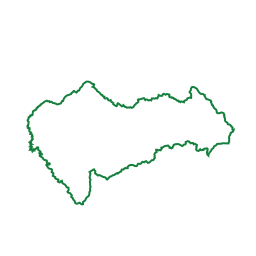 Marañon, Huánuco, Peru (Mercator projection), rotated 161°
{"feature_id": "86281439B56657051022034", "entity_name": "Marañon", "entity_type": "district", "adm_level": 2, "iso_a3": "PER", "parent_name": "Peru", "parent_adm1": "Huánuco", "projection": "mercator", "projection_center": [-76.725, -8.733], "detail": "fine", "context": "isolated", "style": "outline", "palette": "green", "viewbox_px": 256, "rotation_deg": 161, "n_neighbors": 0, "source": "geoboundaries", "source_scale": "gbopen_adm2", "svg_char_len": 5803}
<svg xmlns="http://www.w3.org/2000/svg" viewBox="0 0 256 256"><g transform="rotate(161 128 128)"><path d="M177.4,177.8L179.0,176.7L180.6,174.7L181.6,174.9L183.4,173.2L184.1,173.1L187.2,173.3L189.0,175.1L191.0,176.2L191.4,177.2L192.1,177.9L193.6,178.0L193.7,179.0L195.0,179.3L195.9,180.3L198.6,180.0L199.6,179.5L203.1,178.6L203.4,177.9L204.6,177.9L205.8,177.2L206.5,177.4L207.1,176.7L208.0,176.5L208.1,175.9L209.2,175.2L209.7,175.5L210.6,174.9L211.7,175.0L212.5,174.6L214.1,171.4L214.5,171.3L215.2,171.7L216.4,171.6L216.5,170.7L218.5,170.5L218.7,169.5L220.4,168.0L220.5,167.1L219.9,166.3L220.2,165.5L221.8,162.5L222.1,162.4L222.2,162.8L222.5,162.5L222.7,161.0L221.9,160.8L221.3,160.1L222.1,159.8L221.4,158.8L222.1,157.9L222.3,156.7L221.4,155.6L222.2,154.4L221.3,154.3L221.5,153.7L220.9,153.2L220.9,151.4L221.1,151.3L221.4,151.6L221.9,151.0L221.4,150.6L221.7,148.7L222.2,148.9L222.7,148.4L222.4,148.1L223.2,147.4L224.7,146.9L224.2,146.4L224.3,146.1L225.6,146.2L225.4,145.8L224.7,145.8L225.1,144.9L224.5,144.2L225.6,144.4L225.7,143.5L225.4,142.9L226.0,142.6L225.2,142.4L225.0,141.6L226.2,141.4L227.0,140.4L226.3,140.2L226.2,139.9L227.4,139.2L226.4,138.9L226.0,138.1L226.0,136.9L224.7,137.6L224.5,138.1L224.3,137.4L223.7,137.2L223.5,138.2L221.4,138.4L220.3,139.3L219.3,138.8L220.0,136.3L218.4,134.3L218.6,133.8L219.7,133.4L220.1,132.9L219.5,132.3L218.2,132.1L217.8,131.3L218.2,130.9L219.2,131.3L220.1,131.0L220.5,130.7L220.6,130.4L218.4,127.7L218.2,126.2L217.7,125.3L215.5,123.8L215.4,123.2L216.0,121.9L215.9,120.4L215.4,120.1L214.3,120.5L213.6,120.0L213.7,119.4L214.5,119.0L216.7,120.0L217.3,119.6L216.3,116.0L215.6,115.1L213.7,114.0L213.5,113.4L213.7,112.4L214.6,111.1L214.4,110.7L213.5,110.2L213.3,109.2L214.7,107.2L212.7,105.3L213.2,104.2L212.8,103.5L210.6,101.9L210.7,101.3L211.7,100.4L211.4,99.6L210.4,98.8L209.9,98.8L208.6,99.6L207.7,99.6L208.0,98.1L207.8,97.0L205.9,94.8L205.2,91.9L203.7,90.9L204.5,88.5L206.0,87.4L205.6,86.3L204.1,85.4L203.1,82.9L203.1,82.3L203.9,81.8L204.1,81.1L203.0,79.7L203.1,78.2L202.2,76.5L202.3,74.3L201.5,73.3L200.7,73.0L198.1,73.1L196.9,71.3L196.2,70.7L195.4,70.6L194.6,72.7L192.2,73.4L190.3,75.3L189.4,75.9L187.3,76.5L185.9,78.3L185.4,79.9L184.0,81.1L183.9,82.3L183.2,83.9L182.5,84.6L182.5,86.2L181.7,88.3L181.6,89.6L180.2,91.4L180.6,92.8L180.0,94.5L178.4,96.9L178.7,98.9L174.0,100.0L173.5,99.9L173.5,98.9L172.9,97.9L173.9,95.9L173.6,95.3L173.2,95.0L171.8,92.8L170.9,92.9L170.0,92.5L167.5,89.9L165.7,88.8L164.7,87.1L164.9,86.4L164.3,86.1L161.0,87.9L159.5,87.7L158.0,88.3L156.3,88.0L154.7,88.7L153.6,88.7L152.7,88.3L152.5,88.9L151.5,88.6L149.2,89.3L148.6,89.1L148.4,89.7L147.4,90.7L145.7,90.2L145.2,90.7L143.4,91.1L142.9,90.5L141.3,90.2L141.0,91.4L139.6,92.0L137.9,92.3L135.3,91.4L134.0,89.9L132.5,89.2L132.0,89.2L130.2,90.9L127.8,90.0L125.4,91.3L123.8,90.3L122.5,90.8L121.6,90.7L120.5,88.5L119.1,88.4L116.5,89.6L115.8,89.8L114.9,89.4L114.3,89.5L113.2,90.6L112.3,91.0L112.3,92.3L111.8,92.9L111.6,94.6L110.6,95.5L108.8,95.9L108.7,97.9L108.4,98.3L107.3,97.9L106.6,96.9L105.0,96.9L104.4,96.3L102.9,97.5L103.0,98.5L102.7,98.7L101.7,98.2L99.3,99.0L95.9,98.4L95.7,97.6L94.7,96.6L95.1,95.7L94.0,95.2L93.6,94.6L92.7,94.6L92.2,94.9L91.8,95.8L90.8,96.3L90.4,97.1L88.6,97.3L85.5,96.4L82.5,93.2L80.5,94.1L79.1,93.8L78.4,94.5L78.0,96.0L75.8,96.1L74.7,95.3L74.6,94.6L73.9,94.1L73.8,93.2L71.5,92.7L71.2,92.5L71.2,91.2L69.7,91.1L68.4,89.5L68.6,88.8L69.5,88.3L69.6,86.9L70.5,86.0L70.4,84.7L70.1,84.2L68.7,83.3L66.7,84.4L66.4,83.5L65.4,82.9L64.8,83.1L63.7,82.7L63.4,83.4L62.8,83.6L59.9,83.0L59.5,82.1L60.1,81.3L60.2,80.5L61.1,79.8L61.5,78.3L61.5,76.7L61.0,75.8L60.8,76.4L59.2,78.0L56.8,79.5L55.9,80.5L53.9,81.2L52.5,82.7L50.5,82.9L48.9,83.9L46.8,83.4L45.7,82.9L43.3,82.7L38.0,80.7L37.7,81.4L36.8,82.1L36.5,83.3L35.7,84.7L35.7,85.9L34.7,87.5L33.9,88.0L32.9,89.5L32.4,89.5L31.8,90.2L30.1,90.3L28.8,91.6L28.6,91.9L29.5,91.9L29.8,92.7L29.0,94.3L29.3,95.2L29.9,95.8L29.8,96.5L30.8,98.2L32.4,99.1L32.3,100.6L33.7,102.5L33.8,103.7L33.2,105.6L33.4,107.0L32.9,107.8L33.2,108.5L32.6,109.2L32.8,110.9L34.3,112.2L37.1,112.3L38.7,113.0L39.0,114.2L38.7,114.8L38.6,116.3L40.2,119.1L40.1,119.9L40.5,120.9L40.3,121.7L41.2,122.6L40.9,124.0L41.2,125.5L40.6,126.0L40.8,127.0L43.6,129.4L44.5,129.8L45.2,133.4L44.8,134.1L45.2,134.2L45.6,135.3L48.3,136.8L49.3,138.9L50.1,142.6L52.0,145.0L54.0,145.9L55.6,144.9L56.3,143.3L58.1,141.9L57.2,139.6L58.5,135.9L59.9,136.7L62.2,136.7L63.2,135.6L66.0,135.3L66.7,134.1L68.8,135.7L70.1,135.4L70.4,136.2L71.3,136.4L71.4,137.5L72.5,137.7L73.9,140.0L74.9,140.4L75.0,141.2L75.5,141.9L76.5,142.0L76.6,142.8L78.5,143.5L78.8,144.0L78.5,145.4L78.0,145.7L78.0,146.1L80.3,147.6L81.6,147.2L83.0,148.7L84.2,148.5L85.0,147.4L85.6,147.3L87.2,148.1L88.3,149.2L88.8,148.1L89.5,147.7L90.3,146.7L90.9,146.4L91.9,147.2L93.2,147.1L95.7,148.2L97.0,146.5L98.1,147.3L99.5,147.3L101.0,148.9L101.8,149.1L102.6,148.8L103.0,150.8L103.3,151.1L107.0,151.2L109.0,151.7L109.6,151.2L109.4,150.1L109.9,149.1L112.5,148.5L112.9,148.0L114.2,147.6L115.9,146.1L117.9,145.8L118.8,146.9L120.1,146.8L121.1,147.4L122.4,147.5L123.0,148.4L123.9,148.9L124.2,149.8L125.0,151.2L125.9,150.3L126.9,150.6L128.1,152.9L129.5,154.7L130.0,154.5L130.2,153.9L131.3,152.6L131.9,152.5L132.6,153.1L134.2,155.3L133.8,156.3L134.3,157.3L135.1,157.9L135.1,158.7L135.5,159.3L135.4,160.0L136.4,159.9L137.3,160.5L137.7,161.1L137.7,162.4L138.1,163.1L139.7,163.2L140.4,163.6L140.7,164.4L140.1,165.3L141.3,166.2L141.6,166.8L141.5,167.5L142.5,168.1L143.4,170.7L145.2,173.0L145.3,174.7L146.0,175.4L146.7,177.3L148.0,178.4L146.9,178.8L145.8,180.2L146.4,180.9L147.4,181.3L148.7,183.4L150.5,184.8L152.3,185.4L155.9,184.3L157.7,182.4L160.1,181.4L161.9,179.5L162.3,179.3L163.2,179.6L165.1,178.3L166.1,179.2L166.9,180.5L167.4,180.6L169.1,179.6L169.8,179.6L170.9,178.6L175.5,178.6L177.4,177.8Z" fill="none" stroke="#15803d" stroke-width="2"/></g></svg>